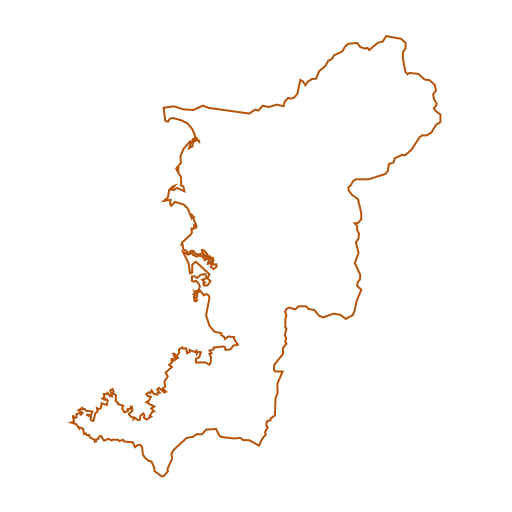 Kankintú, Ngöbe Buglé, Panama (orthographic projection), rotated 271°
{"feature_id": "35544464B2015792153620", "entity_name": "Kankintú", "entity_type": "district", "adm_level": 2, "iso_a3": "PAN", "parent_name": "Panama", "parent_adm1": "Ngöbe Buglé", "projection": "orthographic", "projection_center": [-82.082, 8.823], "detail": "fine", "context": "isolated", "style": "outline", "palette": "amber", "viewbox_px": 512, "rotation_deg": 271, "n_neighbors": 0, "source": "geoboundaries", "source_scale": "gbopen_adm2", "svg_char_len": 6027}
<svg xmlns="http://www.w3.org/2000/svg" viewBox="0 0 512 512"><g transform="rotate(271 256 256)"><path d="M66.5,262.3L73.4,265.4L77.8,268.9L80.1,268.1L84.9,270.7L86.0,269.4L90.8,269.6L92.1,273.4L93.7,273.3L96.9,277.7L114.1,278.0L119.5,280.0L128.6,279.6L140.9,284.6L140.9,276.9L142.8,275.9L147.5,276.2L158.6,284.7L164.6,284.6L168.9,288.0L170.7,286.7L174.4,287.7L177.6,286.2L184.0,287.7L185.1,286.5L194.3,286.5L196.7,287.5L201.0,286.1L203.8,287.6L205.0,290.4L203.3,296.1L206.5,299.6L206.5,307.1L204.0,309.4L203.0,315.4L197.4,320.0L195.7,324.2L199.7,334.2L198.6,341.5L194.7,346.9L198.5,353.7L202.4,355.4L212.5,357.3L224.2,361.9L227.8,357.6L231.8,358.3L234.3,360.3L238.9,360.6L250.8,354.9L260.7,358.5L271.5,355.6L275.0,358.0L279.9,358.7L284.0,356.6L287.9,356.6L290.4,354.1L290.9,357.5L294.6,360.6L300.7,360.5L314.8,356.9L318.8,350.9L323.2,347.5L326.4,347.2L328.1,349.4L332.6,351.7L334.5,354.6L334.6,367.2L340.4,384.2L343.5,386.3L350.3,387.3L351.9,391.8L356.3,393.2L359.8,400.7L359.2,403.2L365.2,409.8L377.6,417.5L379.6,420.2L379.5,424.4L382.4,429.1L390.4,433.8L393.1,438.0L400.6,438.0L403.8,433.4L406.9,431.2L409.6,433.6L412.1,433.8L415.8,431.2L420.7,430.3L424.7,433.1L430.3,431.7L434.9,426.3L435.4,421.4L440.9,415.3L441.7,406.1L440.3,404.2L443.0,402.1L456.6,399.3L462.7,399.5L466.0,401.9L471.7,401.9L475.7,397.2L478.1,382.2L472.6,379.0L471.5,374.4L463.9,365.6L466.0,363.9L465.3,361.3L466.8,356.6L470.7,353.4L469.8,344.7L467.0,341.4L462.1,338.7L457.9,330.4L454.4,328.5L452.3,324.7L447.2,322.1L442.1,316.0L434.3,313.0L433.9,308.7L431.3,304.9L427.6,302.4L431.6,299.7L432.7,297.2L418.8,294.5L414.9,291.2L413.9,287.8L414.7,285.5L410.8,282.0L406.2,280.9L407.7,274.2L405.2,266.2L406.4,259.9L401.4,255.9L402.4,252.6L398.3,246.8L403.2,206.5L405.4,200.2L400.9,190.8L401.4,180.5L404.2,171.4L402.6,161.1L389.7,162.9L388.7,165.6L391.7,167.4L392.6,170.2L390.4,179.0L387.4,185.1L382.0,189.9L376.7,192.4L372.8,193.2L371.7,190.6L369.9,190.3L370.6,193.2L373.6,195.3L371.6,194.4L370.1,197.2L369.3,197.2L370.8,195.4L370.0,192.9L367.6,190.6L364.7,190.7L362.6,187.2L368.5,188.9L369.4,188.0L361.9,181.7L354.3,178.7L347.8,179.3L342.1,174.7L341.1,175.1L341.7,176.5L343.8,176.8L339.6,176.8L339.4,176.0L333.3,179.8L325.4,179.8L324.4,182.1L319.4,183.3L322.7,175.8L320.5,172.9L320.9,170.2L324.9,173.5L324.2,171.7L320.5,168.0L313.0,166.9L309.5,162.9L310.7,169.6L306.8,169.1L304.7,170.4L308.7,174.1L306.1,182.9L302.2,187.0L295.1,190.0L297.1,191.5L295.0,190.4L293.0,191.0L294.9,191.8L293.8,193.3L293.1,192.4L286.2,195.5L286.2,194.2L283.8,196.7L284.6,195.0L283.2,195.4L283.1,194.4L284.4,193.5L281.9,192.9L282.2,191.0L278.4,191.5L276.1,190.2L268.2,181.9L265.8,181.3L265.9,182.5L261.2,183.2L260.0,186.2L257.3,187.9L260.2,191.2L259.8,193.6L257.3,195.1L256.5,199.0L258.0,202.9L260.9,201.7L261.2,203.1L256.8,207.5L254.8,206.5L254.9,210.1L252.5,211.1L253.5,212.8L251.1,213.6L250.7,211.4L249.4,210.8L249.4,212.9L246.7,213.4L247.0,216.6L244.5,216.7L242.2,213.9L244.2,211.1L248.2,212.0L247.3,207.9L251.6,209.1L252.1,208.1L253.9,209.8L253.1,207.8L254.3,205.6L252.0,206.7L250.9,204.9L253.7,203.0L255.9,205.0L256.7,203.7L254.8,202.3L255.3,197.8L254.3,196.9L256.1,192.8L258.0,192.3L256.2,188.0L258.7,183.0L247.5,188.7L237.5,190.4L238.3,192.5L246.2,192.4L249.3,195.9L236.9,209.8L232.8,207.8L230.2,210.9L225.7,208.0L225.6,204.6L227.6,203.7L228.6,205.4L231.3,202.6L233.1,207.2L237.1,205.5L236.1,200.7L233.0,197.7L234.7,194.8L234.5,192.4L230.0,192.4L229.2,194.4L230.2,196.1L228.2,198.7L224.5,200.4L221.1,199.5L220.0,197.1L218.4,196.8L219.5,195.2L218.0,195.8L216.8,194.4L216.1,195.9L214.6,194.6L210.0,195.3L209.5,196.5L210.7,197.8L211.2,195.7L213.3,195.8L213.4,197.6L218.3,198.0L220.0,201.1L215.8,204.6L217.1,206.8L215.8,209.3L213.5,210.2L195.7,207.1L185.1,210.9L179.6,215.8L178.2,222.7L176.3,222.7L174.8,225.3L172.4,226.4L175.0,229.7L174.5,235.6L172.5,235.6L167.0,239.4L166.0,234.8L162.2,232.2L161.6,227.0L164.3,226.5L165.0,225.0L163.8,215.4L162.0,215.3L160.7,211.2L158.0,213.2L157.3,211.1L154.0,212.8L148.4,212.5L146.5,211.3L148.8,206.9L148.4,197.9L152.1,197.7L153.8,201.0L158.8,202.6L159.2,199.4L157.3,198.5L160.3,198.0L158.9,196.7L160.9,191.1L158.9,191.5L157.6,188.8L162.5,187.6L162.1,184.5L163.3,184.0L161.3,180.6L157.9,181.0L155.2,178.6L152.7,179.8L152.3,178.9L156.8,176.3L156.8,175.0L151.2,177.6L149.7,175.1L151.9,174.6L151.6,173.3L147.9,173.6L145.6,171.0L143.6,173.9L137.8,167.6L134.1,169.9L129.0,166.7L123.7,167.4L122.0,165.0L118.7,168.4L117.9,166.7L122.5,161.1L120.7,159.5L117.6,162.1L117.3,160.0L115.7,159.8L116.3,156.2L119.8,154.0L116.9,152.6L117.9,151.0L115.9,148.7L114.1,150.3L113.5,153.3L109.4,151.4L107.9,148.9L103.7,156.9L101.7,153.9L99.0,156.7L98.9,155.5L94.4,152.5L93.6,154.1L90.5,149.3L92.6,146.7L94.9,147.2L96.6,146.1L94.2,143.2L90.0,142.5L90.0,140.7L92.1,137.7L90.6,136.4L92.6,136.3L93.0,133.8L95.8,131.6L99.4,135.2L103.3,134.4L103.3,133.4L101.2,133.5L100.6,130.2L98.7,130.5L97.4,127.2L101.5,124.8L103.9,125.9L105.7,120.4L106.7,120.7L108.6,118.2L114.3,118.5L116.1,115.0L117.7,116.0L120.5,114.9L119.2,112.6L113.1,114.6L113.3,112.5L116.6,110.1L115.2,108.8L115.4,106.2L112.2,106.9L110.7,104.9L109.5,107.4L110.5,108.5L108.8,110.3L104.4,109.3L106.1,104.2L101.3,103.7L100.2,101.6L101.2,99.6L97.5,100.3L96.2,98.2L88.2,96.3L89.1,93.6L92.2,93.7L94.5,89.0L94.0,93.9L97.7,95.1L98.2,89.0L100.2,87.2L99.6,84.8L101.1,84.8L98.7,81.2L95.9,85.3L94.3,83.7L95.8,82.4L94.9,79.2L91.6,79.4L90.9,77.8L93.5,75.5L87.1,77.0L86.2,74.0L84.7,79.2L80.4,82.3L81.5,82.6L80.1,86.2L74.8,87.2L75.8,88.8L73.9,90.0L74.3,92.1L72.1,92.9L69.1,98.0L67.5,98.2L68.0,99.5L69.8,99.3L70.4,101.6L72.4,102.0L73.4,104.1L68.7,107.3L70.6,111.7L69.0,115.1L69.9,116.1L69.8,121.5L68.5,122.4L69.9,126.3L68.3,127.1L67.5,136.2L62.7,138.4L64.9,141.1L65.0,143.7L63.1,145.4L55.4,146.4L52.4,148.5L49.2,152.3L48.8,155.0L42.9,157.9L39.1,158.3L33.9,165.8L34.7,168.0L39.2,171.7L41.1,171.1L52.1,175.7L56.6,174.9L60.6,177.0L73.0,189.9L74.0,196.0L76.9,199.9L76.7,205.1L81.6,209.2L82.3,219.1L76.1,222.3L74.5,224.4L73.2,236.8L73.8,243.9L71.7,246.3L71.8,252.2L66.5,262.3Z" fill="none" stroke="#b45309" stroke-width="2"/></g></svg>